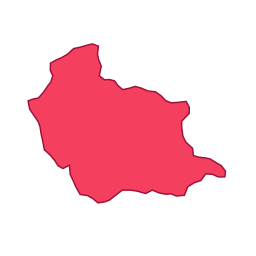 the district of Cachoeira da Prata, Minas Gerais, Brazil, rotated 8°
{"feature_id": "56859067B45103194459434", "entity_name": "Cachoeira da Prata", "entity_type": "district", "adm_level": 2, "iso_a3": "BRA", "parent_name": "Brazil", "parent_adm1": "Minas Gerais", "projection": "orthographic", "projection_center": [-44.468, -19.513], "detail": "fine", "context": "isolated", "style": "filled", "palette": "rose", "viewbox_px": 256, "rotation_deg": 8, "n_neighbors": 0, "source": "geoboundaries", "source_scale": "gbopen_adm2", "svg_char_len": 1189}
<svg xmlns="http://www.w3.org/2000/svg" viewBox="0 0 256 256"><g transform="rotate(8 128 128)"><path d="M160.7,186.1L167.5,187.9L174.6,188.3L179.8,187.2L185.4,188.6L193.2,186.8L195.3,177.9L201.0,173.1L207.5,169.8L211.3,162.6L218.1,162.1L224.2,163.9L230.7,162.9L230.6,157.2L225.4,152.2L218.6,149.4L213.9,147.3L208.4,146.8L202.4,147.1L196.6,146.2L194.8,139.2L187.1,133.8L183.5,128.5L181.1,119.8L180.2,113.9L183.3,109.5L186.6,105.1L185.8,99.0L181.9,93.6L174.6,95.5L167.3,97.1L161.4,95.6L156.4,91.6L150.3,88.3L142.8,88.6L135.3,86.6L129.4,85.8L123.4,88.6L117.4,90.7L111.9,87.2L108.2,83.2L103.0,82.6L98.0,83.5L92.3,80.3L92.9,70.5L89.4,64.4L87.5,59.1L87.3,51.1L80.9,49.7L76.0,51.7L69.7,54.5L63.1,56.9L58.0,63.2L52.5,67.5L47.3,70.7L42.2,74.5L43.0,81.7L46.3,86.8L45.2,93.0L42.2,98.4L39.5,104.0L35.1,110.8L30.2,112.4L25.3,115.0L28.0,123.0L32.9,128.5L38.3,134.4L40.8,139.2L42.7,145.6L45.8,154.0L48.2,161.2L55.0,165.8L60.2,170.7L64.0,175.1L69.2,177.2L75.2,173.0L77.3,182.2L80.4,186.8L84.2,193.0L89.9,200.5L97.2,200.5L103.0,202.8L108.7,206.3L115.0,204.5L119.8,201.9L124.4,197.0L131.0,190.3L138.9,189.2L145.7,189.2L154.6,190.4L160.7,186.1Z" fill="#f43f5e" stroke="#9f1239" stroke-width="1.5"/></g></svg>